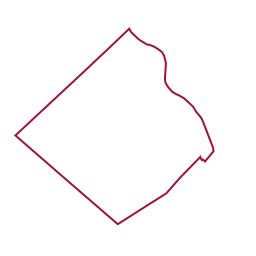 outline of Ohio, West Virginia, United States of America, rotated 131°
{"feature_id": "52423323B20153460814432", "entity_name": "Ohio", "entity_type": "district", "adm_level": 2, "iso_a3": "USA", "parent_name": "United States of America", "parent_adm1": "West Virginia", "projection": "orthographic", "projection_center": [-80.674, 40.101], "detail": "fine", "context": "isolated", "style": "outline", "palette": "rose", "viewbox_px": 256, "rotation_deg": 131, "n_neighbors": 0, "source": "geoboundaries", "source_scale": "gbopen_adm2", "svg_char_len": 670}
<svg xmlns="http://www.w3.org/2000/svg" viewBox="0 0 256 256"><g transform="rotate(131 128 128)"><path d="M207.5,208.1L207.5,150.8L207.5,149.8L207.5,133.0L207.3,72.6L182.5,65.3L152.1,56.2L130.6,56.1L102.5,54.4L102.9,54.0L103.8,51.2L102.6,50.9L102.7,47.9L89.6,48.2L88.2,49.5L86.5,51.9L74.3,75.0L73.1,77.3L72.1,80.3L71.2,86.6L69.2,92.9L68.8,105.2L70.1,112.0L70.6,112.8L71.4,116.6L71.6,118.8L70.9,124.1L69.9,127.7L69.1,129.5L67.0,132.1L54.2,141.9L49.8,148.0L48.5,152.1L48.6,156.1L49.6,162.3L51.6,167.3L52.5,168.1L54.0,177.2L54.0,179.6L53.7,186.7L53.6,188.3L52.3,192.2L80.5,194.8L98.7,196.7L111.2,197.9L207.5,208.1Z" fill="none" stroke="#9f1239" stroke-width="2"/></g></svg>